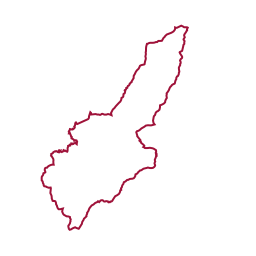 the district of Pangarati, Neamt, Romania, rotated 225°
{"feature_id": "2599482B60779670494049", "entity_name": "Pangarati", "entity_type": "district", "adm_level": 2, "iso_a3": "ROU", "parent_name": "Romania", "parent_adm1": "Neamt", "projection": "albers", "projection_center": [26.201, 46.911], "detail": "fine", "context": "isolated", "style": "outline", "palette": "rose", "viewbox_px": 256, "rotation_deg": 225, "n_neighbors": 0, "source": "geoboundaries", "source_scale": "gbopen_adm2", "svg_char_len": 5791}
<svg xmlns="http://www.w3.org/2000/svg" viewBox="0 0 256 256"><g transform="rotate(225 128 128)"><path d="M174.1,200.9L172.8,198.6L171.8,197.3L169.5,194.9L169.1,194.1L167.6,192.9L166.3,190.9L164.8,190.0L164.2,189.3L163.0,187.1L161.4,184.8L161.5,184.3L162.8,182.3L163.3,181.3L163.5,180.4L162.9,179.0L162.4,177.4L162.5,175.2L162.2,173.3L161.8,172.3L161.7,171.8L161.2,170.6L161.0,169.4L160.8,168.9L159.2,167.1L159.0,166.0L158.3,163.4L158.0,163.1L158.2,162.8L158.0,162.3L158.2,160.6L157.7,160.1L157.5,158.9L157.5,158.4L157.8,157.7L157.5,156.7L156.9,155.9L157.5,155.0L157.0,154.6L156.6,153.2L156.7,152.9L157.0,152.7L157.0,152.4L156.9,152.2L156.3,152.2L156.0,152.0L155.0,150.5L154.9,150.0L155.2,149.2L155.2,148.9L154.4,147.8L153.9,147.4L153.5,146.6L153.5,145.9L153.9,144.7L152.7,143.1L152.1,141.2L152.2,139.8L152.1,136.4L152.0,134.5L151.7,132.6L151.8,130.4L151.6,129.7L150.6,126.6L148.7,125.4L150.2,124.8L151.5,124.1L152.2,123.4L152.7,122.3L153.7,121.2L154.3,120.7L156.0,120.0L156.5,119.4L156.7,118.2L157.0,117.5L158.1,116.9L159.2,115.8L160.7,115.0L163.5,111.6L164.8,112.5L165.8,112.5L163.8,108.6L163.2,108.1L162.6,107.0L162.5,106.1L166.7,94.9L167.2,94.7L168.7,95.2L168.9,94.9L168.6,94.0L167.3,92.4L167.2,92.0L167.1,91.1L166.3,91.0L166.0,90.7L165.8,89.8L166.0,89.2L166.5,88.6L166.5,88.3L166.0,88.2L166.1,87.8L166.7,87.2L168.3,86.2L167.6,84.9L167.6,84.3L167.4,83.6L167.1,83.4L166.5,83.7L166.1,83.6L165.8,82.4L165.2,82.8L164.8,83.0L162.9,82.2L162.6,81.9L161.4,81.9L161.2,81.6L161.0,80.9L160.5,80.7L159.9,81.1L157.7,81.4L157.0,81.0L156.9,81.5L156.3,82.2L156.3,82.4L155.6,82.8L154.2,82.3L153.9,81.6L152.8,80.3L153.5,80.2L154.7,80.4L155.3,78.9L155.4,78.0L155.9,77.6L156.2,77.8L157.1,77.1L156.4,76.5L157.1,75.8L157.4,75.0L156.6,74.5L157.7,73.0L157.0,72.3L156.9,71.7L156.5,71.1L154.9,69.5L154.3,68.6L154.2,68.3L155.1,67.8L156.3,67.7L156.6,67.5L156.6,67.0L157.8,66.8L157.6,66.2L157.4,65.3L157.7,64.8L157.8,64.2L159.0,64.0L159.3,63.6L159.3,63.3L159.6,63.5L160.2,63.1L160.3,63.2L160.3,63.5L160.5,63.2L160.7,63.3L160.6,63.7L161.0,63.6L161.0,63.4L160.7,63.2L160.7,62.6L160.8,61.9L160.7,61.7L160.2,61.9L160.1,61.7L160.8,61.3L161.0,61.5L161.6,61.3L162.4,60.9L162.5,60.6L163.0,60.1L162.9,59.8L163.3,59.4L163.7,58.1L163.4,57.2L163.9,55.2L163.0,54.7L162.8,54.0L161.3,53.9L159.0,53.3L158.0,52.6L157.3,51.7L155.7,50.2L154.6,49.5L155.9,48.2L156.6,46.9L157.3,44.8L157.3,43.6L157.2,42.6L157.7,42.2L158.2,41.3L157.8,40.1L156.9,39.2L156.3,39.0L155.2,38.4L155.1,38.1L155.8,36.1L155.1,35.3L154.7,34.2L154.6,32.8L153.8,31.7L151.9,29.9L151.2,30.0L150.3,29.7L149.2,28.9L148.0,28.6L147.0,27.8L146.0,27.6L144.7,28.6L143.9,28.7L141.8,29.7L140.6,31.2L139.9,30.8L136.9,27.1L134.3,26.1L133.2,25.3L132.0,24.2L130.5,23.6L129.9,23.2L129.5,23.3L128.3,24.5L127.5,24.8L125.9,24.1L124.9,23.2L123.3,22.8L122.6,22.3L120.9,21.6L119.7,21.5L119.4,21.7L118.4,22.8L117.1,25.0L116.6,24.0L115.4,22.3L113.1,21.4L112.0,21.3L109.0,22.1L107.6,23.3L106.1,24.0L105.3,23.3L103.9,22.9L103.2,21.7L102.7,21.4L102.3,20.5L101.7,19.7L101.2,18.0L101.1,16.8L100.5,16.1L98.5,14.9L97.3,14.8L96.6,16.0L96.2,17.9L95.2,20.4L93.9,20.8L92.4,21.5L91.6,21.9L91.6,22.2L91.9,23.4L92.2,24.9L92.5,25.9L92.8,27.5L94.0,29.4L94.4,31.4L95.0,32.7L94.9,36.2L95.6,36.7L96.3,38.6L96.9,39.0L97.4,41.5L98.3,43.3L98.4,44.0L98.6,44.3L98.9,47.6L98.3,49.5L98.2,51.8L97.3,54.1L97.4,55.0L96.0,55.2L96.1,57.4L95.5,58.4L94.8,59.0L93.0,59.1L92.7,59.3L92.2,59.8L91.8,60.8L90.3,61.9L89.6,61.6L89.3,61.6L88.9,62.1L88.8,62.5L88.6,62.6L88.6,62.9L88.3,63.0L88.3,63.8L87.7,64.4L87.6,65.3L88.3,68.1L88.8,70.7L88.1,73.0L87.8,75.2L88.5,77.3L89.4,78.4L89.0,79.4L90.3,80.4L90.4,81.6L91.5,83.4L91.7,85.1L92.6,86.7L92.4,87.0L92.4,87.3L92.0,88.4L91.9,90.7L91.1,91.6L90.8,93.0L90.5,93.5L89.0,95.3L88.4,96.6L88.6,98.3L88.9,98.9L88.9,99.2L89.9,100.5L89.3,102.2L89.4,103.5L89.6,104.2L89.4,105.5L89.5,106.4L88.7,107.6L88.3,110.1L86.4,113.2L86.0,114.1L84.6,114.9L84.0,115.4L83.1,116.2L82.2,117.4L81.9,119.0L82.1,120.2L82.5,120.9L84.1,121.6L84.6,122.3L85.0,123.5L85.7,123.8L86.6,124.5L87.5,126.7L88.1,127.7L87.9,128.3L88.5,128.9L89.2,128.8L89.5,129.2L89.1,129.5L89.7,130.0L90.1,129.7L90.8,130.0L91.4,131.2L92.5,132.1L95.0,131.6L96.2,131.1L98.5,129.5L100.3,127.3L101.5,126.1L102.1,125.7L103.0,125.7L103.7,125.4L103.8,126.9L105.0,127.1L108.3,126.8L108.9,127.3L109.7,127.1L110.8,127.1L110.7,128.2L115.6,128.7L115.8,129.0L119.2,130.9L119.3,131.8L119.4,132.1L118.6,133.5L118.3,135.1L118.2,137.2L117.3,140.6L117.1,142.3L115.9,144.0L114.0,145.7L113.3,146.5L111.7,149.3L113.5,149.6L115.5,150.9L117.7,154.1L118.0,154.6L118.1,156.4L119.1,158.2L119.3,159.4L119.2,160.1L118.8,161.1L118.7,163.2L119.9,165.1L121.4,166.7L120.7,168.1L120.0,170.3L119.9,171.4L120.0,172.5L120.7,173.3L121.4,174.9L121.8,176.7L123.7,178.1L124.4,179.2L125.2,179.8L125.5,182.1L126.0,184.0L126.6,185.2L127.1,186.7L127.1,188.2L127.3,189.5L126.9,191.3L126.5,192.0L126.4,192.5L128.1,195.3L128.3,196.5L129.3,197.6L129.8,199.1L129.5,200.0L129.5,200.3L130.2,202.0L131.3,203.3L131.3,203.7L131.8,204.4L132.8,205.0L134.6,206.5L135.0,207.3L135.6,209.4L136.4,210.1L136.7,211.2L137.0,211.5L137.6,212.0L138.8,212.4L139.0,212.6L139.4,214.0L139.3,215.6L139.6,216.2L140.3,216.8L143.8,217.5L145.0,218.0L145.1,218.3L144.4,220.3L144.3,220.8L144.5,221.2L147.1,225.4L147.5,225.8L147.7,227.3L147.9,227.5L149.0,228.6L149.4,229.4L149.8,229.6L151.0,229.7L151.5,230.0L152.0,232.3L153.6,233.0L154.0,233.4L154.4,234.5L154.8,236.8L155.2,238.0L155.2,238.8L156.1,239.5L156.7,241.2L157.4,241.0L159.6,238.9L160.8,238.7L162.7,238.0L164.3,233.4L164.9,232.8L165.8,232.4L164.8,231.4L164.4,230.7L164.1,228.6L164.3,227.5L164.7,226.0L166.7,221.5L166.7,220.3L166.8,219.5L166.5,218.5L166.6,217.0L166.1,215.0L165.7,213.7L166.0,213.2L168.1,211.0L168.2,209.3L169.1,208.4L169.6,207.2L170.5,206.0L172.7,203.8L173.4,202.5L173.6,201.4L174.1,200.9Z" fill="none" stroke="#9f1239" stroke-width="2"/></g></svg>